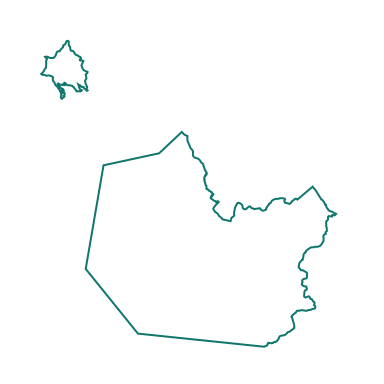 Guevea de Humboldt, Oaxaca, Mexico (orthographic projection), rotated 86°
{"feature_id": "50627088B66942360920108", "entity_name": "Guevea de Humboldt", "entity_type": "district", "adm_level": 2, "iso_a3": "MEX", "parent_name": "Mexico", "parent_adm1": "Oaxaca", "projection": "orthographic", "projection_center": [-95.455, 16.84], "detail": "fine", "context": "isolated", "style": "outline", "palette": "teal", "viewbox_px": 384, "rotation_deg": 86, "n_neighbors": 0, "source": "geoboundaries", "source_scale": "gbopen_adm2", "svg_char_len": 5812}
<svg xmlns="http://www.w3.org/2000/svg" viewBox="0 0 384 384"><g transform="rotate(86 192 192)"><path d="M304.2,82.7L304.4,83.9L305.2,86.1L304.6,87.0L304.1,87.4L303.3,87.4L300.6,86.9L300.0,87.0L298.3,86.3L297.3,84.3L296.3,84.2L294.3,84.6L293.9,86.5L293.5,87.3L292.0,88.9L290.6,88.6L289.9,88.0L288.2,88.3L287.3,87.9L286.8,87.2L286.5,86.1L286.2,84.3L285.5,83.4L283.7,83.1L282.7,83.2L281.1,82.8L279.7,84.0L279.0,85.3L278.1,86.4L277.8,87.0L277.7,88.7L274.7,90.7L274.0,90.9L273.3,90.5L270.8,90.0L269.1,88.7L268.1,87.6L267.4,87.2L267.2,86.2L265.7,86.0L264.5,85.4L263.0,85.3L262.0,84.9L260.4,83.8L260.2,82.8L258.8,82.5L257.2,80.2L255.5,77.1L255.6,74.0L255.2,73.2L255.4,70.9L254.9,68.4L253.9,67.0L252.5,65.9L250.0,64.3L247.8,63.9L245.2,64.1L244.1,63.4L243.1,62.0L243.1,61.5L241.5,61.6L240.4,60.2L237.4,60.1L235.1,60.5L234.5,60.5L234.0,60.3L232.6,60.4L230.6,60.0L229.5,58.6L228.2,58.1L226.5,58.1L225.6,57.3L226.2,54.1L224.9,53.9L224.8,53.0L225.3,51.6L224.9,50.9L223.9,49.8L223.0,51.5L221.3,53.8L220.6,56.1L219.3,57.3L217.9,57.9L217.5,58.4L216.8,58.8L215.1,59.2L214.0,59.3L213.8,60.3L211.9,60.7L208.9,62.5L208.6,63.4L198.4,68.8L196.7,70.3L195.1,71.3L206.9,87.4L206.1,88.3L205.9,89.4L208.3,93.0L209.5,93.9L210.7,95.5L210.3,96.4L209.1,100.0L207.9,100.5L206.9,100.4L206.1,99.7L205.3,99.9L204.5,101.8L204.3,104.9L204.6,105.5L204.9,106.9L204.6,108.7L205.5,111.6L206.4,113.0L208.3,114.2L209.1,115.9L209.5,115.9L210.3,116.5L210.8,117.1L212.1,118.2L213.7,119.2L214.4,119.1L214.9,119.7L215.6,122.0L215.5,123.0L214.9,123.9L214.0,124.8L213.1,125.2L212.8,126.0L213.1,126.4L213.1,128.4L213.4,130.7L213.2,131.5L212.7,132.2L212.2,133.7L210.5,135.0L210.4,136.0L210.7,136.6L212.0,138.4L212.8,139.1L212.9,141.0L211.6,142.4L209.2,142.7L208.2,143.1L207.2,144.0L206.5,145.1L206.0,146.3L206.1,147.2L208.4,149.0L211.0,150.3L215.8,151.5L217.1,151.6L218.2,151.4L219.1,152.2L220.5,154.4L223.8,155.6L221.3,163.7L220.2,164.1L217.5,167.0L216.0,167.5L215.1,168.2L213.6,170.2L210.7,171.9L209.2,171.5L205.6,168.2L204.1,166.1L203.4,166.3L203.0,166.9L202.9,167.3L203.3,167.6L203.8,168.6L202.6,169.6L202.0,171.1L201.1,171.7L200.2,173.1L199.6,173.7L198.6,173.7L198.5,173.2L196.9,172.9L196.8,172.6L197.1,172.1L196.2,171.9L196.3,171.1L195.9,170.8L195.4,170.9L194.7,171.9L193.5,172.4L193.5,172.9L192.5,173.8L191.8,175.0L191.3,175.1L190.8,175.6L190.6,176.3L190.0,176.7L190.0,177.3L189.6,177.4L189.3,177.2L188.0,177.3L187.2,177.1L185.7,178.1L184.1,178.1L183.6,178.5L182.1,178.5L181.5,178.9L180.5,178.5L179.7,179.0L178.8,178.6L178.1,178.7L177.4,177.8L176.3,177.7L175.9,177.5L175.7,177.1L176.0,176.7L175.6,176.2L175.1,176.3L174.7,176.5L174.3,176.4L173.9,175.9L172.5,176.8L171.7,177.0L171.2,177.5L167.8,178.3L167.1,178.7L165.0,178.8L163.5,180.5L160.2,182.4L159.1,183.8L157.8,187.0L156.2,188.3L155.1,188.5L152.1,188.2L150.9,188.3L147.9,190.5L144.0,191.7L141.0,192.9L137.3,192.9L135.9,192.6L134.2,195.7L131.4,198.0L151.1,222.1L159.2,278.4L261.3,303.4L329.5,255.8L351.4,130.7L350.8,129.6L350.5,128.1L349.9,127.4L348.2,126.9L347.7,126.4L348.3,124.6L348.4,122.8L348.3,121.8L347.7,121.2L347.3,119.9L347.4,119.3L347.0,118.2L344.7,115.9L343.2,115.4L342.1,114.5L341.7,113.7L341.5,112.5L341.4,110.5L340.7,108.5L338.3,105.9L338.1,104.1L336.8,102.6L336.0,101.0L335.1,100.1L334.7,99.4L332.2,99.3L329.3,99.8L326.9,100.4L324.0,101.0L323.4,101.5L321.7,100.2L321.6,99.7L321.0,99.1L319.4,96.7L318.0,95.8L317.7,95.2L318.0,93.5L317.5,91.6L318.0,88.2L318.5,86.6L318.4,85.4L317.8,84.2L317.9,82.1L317.1,79.9L316.8,77.8L316.4,77.2L314.6,77.0L314.1,77.2L313.3,78.1L310.9,77.4L310.1,77.9L309.6,78.8L307.2,80.0L307.0,80.9L306.4,81.6L305.4,81.8L304.2,82.7ZM62.8,291.6L61.1,292.6L58.5,293.4L57.4,293.2L56.1,292.4L55.5,292.3L53.9,291.2L53.4,291.9L52.9,292.9L53.1,294.3L52.5,294.7L52.0,294.7L51.4,293.6L50.3,293.4L49.3,294.3L49.3,294.9L47.5,296.9L47.4,297.5L46.8,298.5L45.8,299.4L44.8,299.6L43.3,300.6L42.7,301.6L42.7,302.7L42.0,303.2L41.1,303.4L38.7,303.5L37.5,304.4L36.5,304.6L35.2,304.7L33.3,304.4L32.6,305.1L32.6,305.8L32.6,306.2L33.6,307.2L34.8,307.6L36.1,308.6L36.5,310.0L37.0,310.3L37.8,310.3L38.6,310.6L40.0,312.3L41.2,313.4L42.4,314.1L42.3,315.9L43.0,317.0L46.5,318.6L48.4,320.5L48.6,321.6L48.5,323.3L48.2,324.7L47.3,326.2L46.8,327.4L46.9,329.1L47.8,328.6L49.0,327.5L49.3,327.4L51.6,328.6L52.9,328.3L57.8,329.0L59.5,330.6L61.1,331.4L62.9,333.1L63.7,334.2L64.7,333.1L64.8,331.2L66.0,328.9L65.6,327.2L66.4,324.5L67.5,322.8L68.2,322.7L69.5,323.0L71.1,323.0L72.0,322.5L72.3,322.0L72.8,321.7L74.5,321.3L75.6,320.7L76.6,320.1L77.2,319.2L79.1,318.3L79.6,317.7L82.5,316.4L84.4,315.8L85.7,315.6L86.9,316.0L88.8,316.2L89.6,315.8L89.9,315.3L89.2,314.3L88.5,313.9L88.1,313.5L88.3,313.1L87.7,312.7L87.5,313.0L87.0,313.3L86.8,312.8L85.7,312.2L84.9,312.2L84.1,312.4L83.8,312.8L83.0,313.1L82.3,312.9L81.5,312.9L81.3,313.0L82.0,313.5L82.4,313.5L83.0,313.9L83.9,313.6L84.2,314.0L84.3,314.7L84.1,314.9L83.7,314.2L83.0,314.6L82.3,314.2L81.7,314.7L81.3,314.4L81.1,314.0L80.1,313.9L79.8,314.2L79.9,314.5L79.8,314.8L79.8,315.2L79.5,315.4L79.5,315.7L78.7,316.0L78.2,316.5L77.9,316.4L77.7,316.8L77.2,316.8L76.5,317.4L76.3,318.1L74.9,318.5L74.4,317.6L75.8,316.5L75.7,315.6L75.9,314.6L76.2,314.2L76.2,313.6L75.5,313.0L76.3,312.3L76.5,311.9L76.5,311.3L76.0,311.2L74.3,311.7L74.1,311.6L74.3,311.1L76.7,309.0L77.0,308.1L76.9,306.6L77.5,305.2L77.6,304.3L78.4,303.7L79.0,302.8L79.7,302.5L81.8,300.9L83.5,300.2L83.7,299.6L83.5,299.0L83.8,296.4L83.5,295.9L83.4,295.3L82.8,294.8L82.2,296.1L81.8,296.5L81.3,296.8L79.6,297.1L79.3,297.5L78.6,297.4L76.8,297.9L77.5,297.0L77.6,296.4L78.6,296.1L79.3,294.2L79.6,294.2L79.8,292.8L81.0,292.5L81.5,291.6L83.6,290.0L83.7,289.6L83.5,289.1L82.5,289.7L81.6,289.9L80.0,289.2L79.4,289.7L78.3,289.8L76.5,290.5L74.3,291.0L73.2,290.8L72.4,290.0L71.1,289.3L67.5,289.9L66.8,289.3L66.0,288.1L64.9,287.8L64.6,288.2L64.5,288.8L62.8,291.6Z" fill="none" stroke="#0f766e" stroke-width="2"/></g></svg>